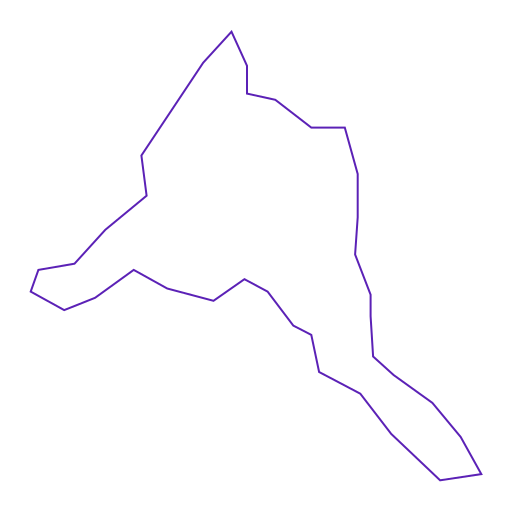 SVG path tracing the border of Luqa
{"feature_id": "MLT-5964", "entity_name": "Luqa", "entity_type": "state/province", "adm_level": 1, "iso_a3": "MLT", "parent_name": "Malta", "parent_adm1": "", "projection": "robinson", "projection_center": [14.484, 35.851], "detail": "fine", "context": "isolated", "style": "outline", "palette": "violet", "viewbox_px": 512, "rotation_deg": 0, "n_neighbors": 0, "source": "natural_earth", "source_scale": "10m", "svg_char_len": 561}
<svg xmlns="http://www.w3.org/2000/svg" viewBox="0 0 512 512"><path d="M141.4,155.5L203.2,62.7L231.5,31.7L247.0,65.8L247.0,93.6L275.3,99.8L311.3,127.6L344.8,127.6L357.7,174.0L357.7,217.3L355.1,254.5L370.6,294.7L370.6,316.3L373.1,356.5L393.7,375.1L432.4,402.9L460.7,437.0L481.3,474.1L440.1,480.3L391.2,433.9L360.3,393.7L319.1,372.0L311.3,334.9L293.3,325.6L267.6,291.6L244.4,279.2L213.5,300.8L167.2,288.5L133.7,269.9L95.1,297.8L64.2,310.1L30.7,291.6L38.4,269.9L74.5,263.7L105.4,229.7L146.6,195.7L141.4,155.5Z" fill="none" stroke="#5b21b6" stroke-width="2"/></svg>